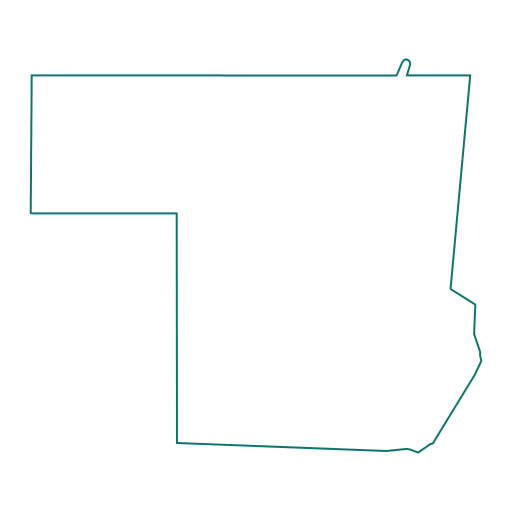 Northern, Natural Earth projection
{"feature_id": "SDN-878", "entity_name": "Northern", "entity_type": "State", "adm_level": 1, "iso_a3": "SDN", "parent_name": "Sudan", "parent_adm1": "", "projection": "natural_earth1", "projection_center": [29.004, 19.383], "detail": "fine", "context": "isolated", "style": "outline", "palette": "teal", "viewbox_px": 512, "rotation_deg": 0, "n_neighbors": 0, "source": "natural_earth", "source_scale": "10m", "svg_char_len": 1585}
<svg xmlns="http://www.w3.org/2000/svg" viewBox="0 0 512 512"><path d="M406.9,75.4L410.3,75.4L411.9,75.4L417.9,75.4L423.8,75.4L429.8,75.4L435.7,75.4L441.7,75.4L447.6,75.4L453.6,75.4L459.5,75.4L465.5,75.4L470.2,75.4L450.6,288.2L450.6,288.6L450.6,289.0L451.0,289.3L474.9,304.3L475.2,304.6L475.3,305.0L474.1,333.5L474.1,333.9L480.2,352.2L480.1,355.5L481.3,361.0L474.9,374.6L432.8,443.5L430.5,444.0L418.1,452.6L409.8,449.4L406.7,448.9L386.4,451.0L177.0,443.0L176.7,213.4L31.9,213.4L30.7,212.9L30.8,205.1L30.8,198.6L30.9,192.0L30.9,185.4L31.0,178.8L31.0,170.2L31.1,161.6L31.1,153.0L31.2,144.4L31.3,135.7L31.3,127.1L31.4,118.5L31.5,109.9L31.5,101.3L31.6,92.7L31.6,84.0L31.7,75.4L37.4,75.4L43.0,75.4L48.7,75.4L54.3,75.4L60.0,75.4L65.7,75.4L71.3,75.4L77.0,75.4L82.6,75.4L88.3,75.4L94.0,75.4L99.6,75.4L105.3,75.4L110.9,75.4L116.6,75.4L122.2,75.4L127.9,75.4L133.5,75.4L139.2,75.4L144.9,75.4L150.5,75.4L156.2,75.4L161.8,75.4L167.5,75.4L173.1,75.4L178.8,75.4L184.5,75.4L190.1,75.4L195.8,75.4L201.4,75.4L207.1,75.4L212.8,75.4L218.4,75.4L224.1,75.5L229.7,75.5L235.4,75.5L241.0,75.5L246.7,75.5L252.4,75.5L258.0,75.5L263.7,75.5L269.3,75.5L275.0,75.5L280.7,75.5L286.3,75.5L292.0,75.5L297.6,75.5L303.3,75.5L308.9,75.5L314.6,75.5L320.3,75.5L325.9,75.5L331.6,75.5L337.2,75.5L342.9,75.5L348.5,75.5L354.2,75.5L359.9,75.5L365.5,75.5L371.2,75.5L376.8,75.5L382.5,75.5L388.2,75.5L393.8,75.5L396.0,75.5L396.8,75.0L399.6,68.5L399.8,68.0L402.4,62.1L403.9,60.2L405.0,59.6L406.1,59.4L407.2,59.6L408.3,60.2L409.6,61.6L410.1,63.1L410.1,64.8L408.7,69.3L406.9,75.4Z" fill="none" stroke="#0f766e" stroke-width="2"/></svg>